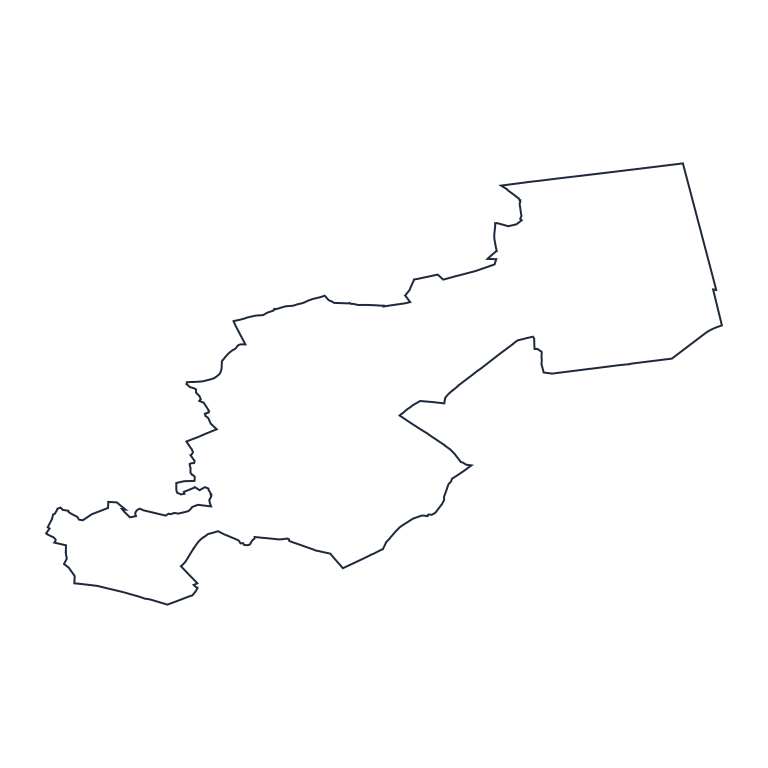 the district of Džūkstes pag., Tukums, Latvia
{"feature_id": "27541924B93568350942485", "entity_name": "Džūkstes pag.", "entity_type": "district", "adm_level": 2, "iso_a3": "LVA", "parent_name": "Latvia", "parent_adm1": "Tukums", "projection": "natural_earth1", "projection_center": [23.27, 56.788], "detail": "fine", "context": "isolated", "style": "outline", "palette": "slate", "viewbox_px": 768, "rotation_deg": 0, "n_neighbors": 0, "source": "geoboundaries", "source_scale": "gbopen_adm2", "svg_char_len": 5892}
<svg xmlns="http://www.w3.org/2000/svg" viewBox="0 0 768 768"><path d="M54.3,542.6L66.0,545.3L65.9,547.5L65.9,552.5L65.7,552.5L66.8,558.8L64.0,564.0L68.7,567.6L74.7,576.1L74.3,583.3L81.4,584.0L97.4,585.9L107.1,588.3L111.0,589.2L119.8,591.3L121.9,591.8L139.6,596.8L145.4,598.8L147.5,598.9L150.6,599.6L167.4,604.6L174.0,602.2L189.1,596.4L192.4,595.4L195.2,591.9L195.8,591.1L197.6,587.9L195.8,586.9L193.7,584.9L195.9,584.0L197.3,583.2L189.2,574.9L180.9,566.2L181.5,565.8L183.3,564.1L184.7,562.5L185.5,561.5L186.8,559.6L193.7,548.2L193.9,548.3L195.2,546.1L198.2,542.0L201.0,539.1L203.6,537.1L203.8,537.2L208.1,534.0L212.2,533.0L218.0,531.2L223.7,534.1L236.1,539.3L237.2,539.8L238.7,540.6L240.6,543.4L243.1,543.1L243.9,544.8L245.6,545.1L247.5,545.2L249.7,544.6L252.6,540.0L254.3,538.9L254.6,537.0L262.4,537.8L269.1,538.4L278.4,539.4L283.0,539.2L284.8,538.8L287.4,538.6L287.5,538.9L288.9,539.1L289.3,541.0L294.1,542.8L295.8,543.3L314.1,549.8L315.6,550.5L319.3,551.2L322.6,552.0L330.2,553.6L335.6,559.9L336.4,560.8L342.9,568.2L362.3,559.1L371.0,554.8L371.0,554.7L372.6,554.2L382.3,549.3L382.8,549.3L386.0,542.7L385.9,542.6L386.0,542.4L387.0,541.3L389.8,538.4L390.7,537.1L393.4,534.1L395.2,531.9L399.3,527.7L400.6,526.6L404.4,524.1L413.1,518.6L419.4,516.4L420.8,515.8L422.9,515.5L427.6,516.1L427.7,515.4L428.0,514.9L428.7,514.5L431.8,514.8L435.3,512.8L441.4,504.8L441.6,504.8L444.0,500.3L444.1,499.9L444.1,498.2L444.0,497.8L444.0,497.1L444.2,496.3L446.4,490.3L447.6,486.7L447.9,485.9L448.6,484.0L449.7,482.9L450.5,482.1L450.9,481.7L451.3,480.7L451.9,478.9L452.2,478.6L456.3,476.0L463.2,471.4L471.4,465.4L466.2,464.7L462.9,462.6L460.8,462.0L454.7,454.0L450.2,449.4L444.8,445.6L444.9,445.4L428.9,434.7L428.4,434.2L427.6,433.6L421.1,429.7L410.0,422.5L399.6,415.5L400.7,414.5L403.5,412.6L404.5,411.5L407.6,409.0L410.2,407.3L413.1,405.0L420.2,401.0L433.0,402.1L444.3,403.4L445.0,398.7L445.1,398.1L446.9,395.7L449.3,393.2L452.5,390.4L452.6,390.5L457.7,386.3L458.2,385.8L458.2,385.6L473.0,374.4L477.5,370.8L477.8,370.7L480.4,368.9L481.2,368.3L499.7,353.9L513.3,343.8L513.3,343.6L517.5,340.4L525.4,338.5L525.7,338.3L533.0,336.7L534.2,338.7L534.3,344.7L534.5,348.7L534.6,349.0L534.8,349.0L537.3,348.9L540.8,351.2L541.7,352.0L541.5,358.0L541.8,359.4L541.5,364.6L542.4,367.5L543.6,372.3L543.7,372.5L552.2,373.6L590.2,368.8L590.6,368.8L618.9,365.2L625.5,364.5L629.6,364.2L630.3,364.0L630.3,363.8L634.0,363.3L671.9,358.6L704.3,334.0L707.5,331.7L710.7,329.9L713.6,328.5L717.0,327.1L721.9,325.4L713.1,289.4L716.2,290.0L715.1,285.6L682.9,163.4L604.9,172.9L560.1,178.2L538.3,180.9L528.3,182.0L527.9,182.0L527.3,182.2L501.1,185.6L507.2,189.4L507.2,189.7L507.5,190.0L518.0,197.9L518.7,198.3L519.5,199.9L519.6,200.0L520.0,200.1L519.7,200.5L520.4,201.2L520.3,201.6L519.6,204.1L519.7,204.4L519.8,205.2L519.8,205.4L520.2,207.5L521.0,213.7L521.5,215.8L520.2,218.8L521.7,220.3L516.4,224.3L511.4,225.5L508.3,226.2L497.8,223.3L497.5,223.1L495.4,223.1L495.4,223.5L495.1,223.5L495.2,225.5L495.1,226.6L494.7,230.4L494.3,234.3L494.3,238.6L495.8,246.9L496.4,249.4L496.5,250.6L496.7,251.2L496.1,251.3L495.6,251.7L491.4,255.3L487.5,258.9L496.3,259.2L495.1,262.6L494.6,264.4L475.3,271.1L458.6,275.5L456.3,276.0L443.8,279.5L443.0,279.5L440.4,277.0L437.7,274.6L417.6,278.9L413.9,279.5L413.8,280.3L410.2,288.4L409.7,289.7L408.5,291.4L406.0,294.5L405.4,295.5L405.2,295.6L405.4,295.8L410.2,302.1L405.1,303.3L387.1,305.9L383.7,306.5L383.9,305.7L380.6,305.6L373.9,305.2L366.3,304.9L358.1,305.0L353.4,303.9L350.8,303.9L349.7,302.9L348.9,303.4L334.2,302.9L331.3,301.2L331.0,301.2L328.6,300.1L324.7,295.7L320.2,297.2L312.7,299.0L308.2,300.6L304.9,302.2L303.1,302.9L299.8,303.8L297.0,304.4L294.3,305.4L291.8,305.9L290.9,305.9L285.5,306.3L276.3,309.1L274.7,308.9L274.6,309.4L273.9,309.3L273.4,310.6L269.6,311.9L268.0,312.4L266.9,312.9L263.1,315.1L255.7,315.6L247.2,317.5L246.8,317.7L245.2,318.3L241.2,319.4L235.1,320.8L234.8,320.7L233.5,321.2L236.1,326.8L237.7,329.7L240.1,334.4L245.4,344.4L240.8,344.4L240.0,344.5L237.7,345.6L235.9,348.2L234.2,349.4L232.4,350.3L229.0,353.0L226.8,355.3L225.0,357.3L223.0,360.0L222.6,360.1L221.9,361.3L221.6,368.6L220.7,371.8L219.9,373.5L218.2,375.2L217.1,376.1L214.1,378.2L210.4,379.4L203.0,381.3L197.1,381.8L193.0,382.0L193.0,381.9L187.2,382.2L187.3,382.4L186.4,384.0L190.0,387.1L194.1,388.3L196.1,389.5L196.0,392.5L197.5,394.2L199.4,395.9L200.8,399.3L199.7,400.3L199.2,400.9L199.2,401.0L203.3,402.5L203.6,402.6L207.5,408.5L208.0,409.5L209.0,410.9L208.8,411.0L208.5,411.4L208.7,412.5L205.1,413.6L204.8,413.8L205.0,414.2L205.4,414.7L205.3,415.8L208.2,418.0L210.7,423.6L216.7,429.3L206.0,433.6L199.1,436.6L186.4,441.5L188.8,445.1L191.0,448.4L191.8,449.3L193.0,452.3L191.9,454.0L190.8,455.4L190.7,455.4L194.7,461.2L194.0,463.1L192.0,463.1L189.7,463.9L189.7,464.9L190.5,467.8L190.5,472.8L192.1,474.9L192.6,474.8L194.8,476.8L194.5,480.9L191.7,481.0L184.1,481.2L177.1,482.8L176.9,483.0L176.3,483.0L176.3,489.7L177.0,492.6L180.8,494.4L184.4,493.8L183.8,491.9L193.8,487.9L194.8,487.1L199.6,490.2L204.8,487.2L205.0,487.2L205.3,487.3L208.5,488.6L208.5,488.9L208.6,490.0L211.4,494.6L210.7,494.8L211.2,496.6L209.3,500.0L209.8,502.9L211.1,506.4L202.8,505.4L198.0,504.8L192.2,507.0L190.6,509.0L189.1,510.6L187.9,511.2L185.7,511.9L178.1,513.6L174.4,512.9L170.8,514.2L168.6,513.7L165.7,515.6L143.4,510.3L140.0,508.7L138.6,509.1L136.5,510.7L135.3,512.7L135.4,514.5L136.0,516.1L130.6,517.2L129.9,517.3L124.3,511.8L122.1,509.2L125.5,509.6L119.1,504.4L116.9,502.4L108.2,501.9L108.3,502.8L108.2,504.6L108.0,508.0L107.3,508.2L104.6,509.3L91.9,514.2L91.6,514.4L82.7,520.3L79.0,519.6L77.3,516.9L70.8,513.5L68.5,511.9L68.4,510.8L62.8,509.9L60.6,507.6L57.4,508.7L57.1,509.8L54.9,513.7L53.1,514.5L52.0,518.9L51.3,520.4L47.7,527.3L49.6,528.5L46.1,533.4L46.4,533.8L47.0,534.0L48.2,534.9L49.3,535.3L51.4,536.4L52.9,536.9L54.3,538.1L55.1,538.8L55.7,539.9L55.5,540.6L55.2,541.4L54.3,542.6Z" fill="none" stroke="#1e293b" stroke-width="2"/></svg>